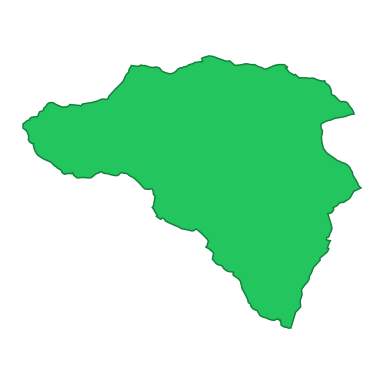 the district of Abrud, Alba, Romania
{"feature_id": "2599482B81396350140690", "entity_name": "Abrud", "entity_type": "district", "adm_level": 2, "iso_a3": "ROU", "parent_name": "Romania", "parent_adm1": "Alba", "projection": "equal_earth", "projection_center": [23.059, 46.267], "detail": "fine", "context": "isolated", "style": "filled", "palette": "green", "viewbox_px": 384, "rotation_deg": 0, "n_neighbors": 0, "source": "geoboundaries", "source_scale": "gbopen_adm2", "svg_char_len": 5912}
<svg xmlns="http://www.w3.org/2000/svg" viewBox="0 0 384 384"><path d="M290.8,328.1L295.6,312.3L300.7,306.9L300.1,300.8L302.1,294.8L301.5,290.0L302.0,288.7L304.3,285.6L306.4,283.1L307.5,282.1L309.4,278.4L309.3,276.3L310.1,274.8L311.3,273.1L313.5,267.3L316.2,264.5L320.2,260.0L319.8,258.2L325.8,253.2L327.0,252.2L328.3,250.0L328.8,248.5L328.0,248.2L327.2,248.1L328.2,245.6L329.0,243.2L330.4,240.8L326.4,239.9L326.7,237.5L328.8,236.9L329.7,234.1L330.3,232.7L331.2,231.1L331.6,230.2L331.9,228.3L331.4,225.5L330.7,223.0L327.8,213.6L330.6,213.2L332.3,211.9L333.7,209.7L333.2,207.5L335.7,206.5L336.7,205.8L337.7,205.0L338.4,203.9L339.1,203.3L339.6,202.9L340.8,202.6L343.5,202.4L347.0,200.2L348.8,199.0L350.3,197.5L353.7,191.4L355.9,190.3L361.0,187.9L359.3,186.4L358.3,185.2L357.9,183.7L357.2,182.2L354.9,178.3L354.2,177.5L353.9,176.7L353.3,175.7L352.8,174.6L352.4,173.1L352.3,172.1L352.0,171.5L351.7,171.2L351.1,170.2L349.6,167.1L349.2,166.8L347.3,164.9L345.4,163.7L342.0,162.5L339.8,161.4L337.3,160.5L333.5,157.6L331.6,156.4L327.9,153.7L326.4,152.5L323.8,148.9L322.9,146.7L322.5,144.5L322.1,143.1L321.8,141.4L321.6,139.0L321.4,136.6L322.2,133.8L322.5,130.9L321.2,128.4L320.8,125.4L321.3,124.0L322.1,123.3L324.1,122.2L326.9,120.9L331.0,120.0L332.6,119.2L333.9,118.8L334.6,118.4L336.1,118.1L338.8,117.7L341.4,117.2L345.6,116.4L348.6,115.2L351.4,114.4L353.6,114.2L354.1,114.0L354.0,113.4L353.1,111.1L352.1,109.3L351.4,108.2L350.6,107.6L349.6,106.3L348.0,103.6L347.5,103.0L346.4,102.1L344.6,101.7L343.2,101.5L341.2,101.6L340.4,101.4L339.8,101.1L338.5,100.0L335.8,97.0L334.6,95.8L333.4,95.3L332.6,95.2L331.7,94.5L331.4,94.0L331.4,92.4L330.9,89.7L330.6,88.6L329.8,86.9L328.5,85.1L325.5,83.0L325.3,82.6L325.1,81.4L324.6,80.8L323.6,80.9L322.3,81.1L318.5,80.2L316.0,79.3L314.2,78.4L313.4,78.2L312.7,78.0L309.8,78.3L308.6,78.3L306.9,77.9L305.8,77.8L302.0,77.9L298.7,77.7L295.3,74.4L294.1,75.0L293.7,75.0L293.4,74.6L289.5,72.6L285.8,68.1L287.1,67.9L287.5,67.1L286.1,66.1L285.2,65.2L284.0,64.6L278.7,64.6L275.0,65.3L271.0,66.9L268.2,68.2L266.0,69.1L264.1,68.9L261.5,67.5L258.7,66.8L254.7,64.6L251.1,64.6L248.6,64.1L246.1,63.7L243.5,64.2L240.7,64.9L234.9,65.4L229.6,60.8L227.9,61.3L224.8,60.8L212.9,56.4L209.0,55.9L203.8,57.4L201.7,58.3L202.5,61.5L194.6,62.5L193.2,63.5L188.9,64.8L186.0,66.7L184.9,66.6L182.9,67.2L182.2,67.9L180.1,67.9L177.8,69.1L176.6,70.7L174.5,72.3L172.8,73.3L169.8,73.8L166.3,72.9L162.3,71.5L161.6,70.5L159.7,68.3L158.9,67.7L157.8,67.3L155.5,66.9L153.8,67.5L152.6,67.5L152.1,67.3L149.7,67.2L148.6,66.6L146.6,66.1L145.0,65.5L142.8,65.6L141.7,65.2L140.8,65.1L140.8,65.3L140.1,65.7L139.2,65.9L138.0,66.4L131.3,65.5L131.3,66.0L129.3,68.9L129.0,69.9L128.9,70.9L128.4,72.4L126.9,73.9L125.4,76.1L123.6,80.4L122.5,81.9L118.9,85.8L115.4,89.1L108.8,96.3L108.2,98.2L106.6,99.5L103.1,99.0L101.0,99.4L98.1,100.7L96.4,101.3L91.5,102.6L84.6,103.6L82.2,104.2L81.3,105.8L78.7,105.4L69.8,104.5L69.4,105.5L67.1,106.8L64.8,107.0L63.8,106.9L63.0,107.2L61.6,106.9L55.7,104.3L54.8,103.7L54.3,103.4L53.7,102.8L50.5,102.5L48.5,103.1L47.9,103.6L46.5,105.0L45.9,106.5L44.2,107.8L43.8,108.5L43.4,109.9L42.5,110.8L41.7,111.2L40.3,111.4L39.6,111.8L38.3,114.6L38.0,115.8L37.5,116.4L36.7,116.8L34.9,116.8L31.5,117.3L29.9,118.5L29.2,120.0L27.2,120.6L23.0,124.0L23.1,128.2L24.5,129.3L25.7,129.9L27.1,131.9L28.7,135.9L28.4,140.0L30.2,142.5L32.1,143.4L33.6,143.8L33.3,144.6L33.9,147.6L34.6,150.0L36.1,152.8L36.9,154.1L38.2,155.5L40.9,157.3L44.5,159.4L49.0,161.3L50.6,162.0L52.1,163.2L53.2,164.4L54.1,165.5L55.4,166.3L56.7,167.3L57.3,168.0L60.2,169.6L61.1,170.3L61.6,171.0L61.9,171.9L62.0,172.6L62.6,173.1L64.7,174.3L67.7,173.5L68.9,173.5L70.2,173.7L71.3,173.6L71.8,173.1L72.4,172.7L72.9,172.9L73.1,173.7L73.1,174.4L73.9,175.4L74.8,176.2L77.0,177.8L78.2,177.9L81.1,177.6L83.1,177.5L88.5,177.9L89.9,177.9L91.1,177.6L92.6,176.7L94.0,175.4L95.8,174.1L97.1,173.3L98.7,173.0L100.3,171.7L101.2,171.8L102.8,172.7L104.0,173.2L105.1,173.5L106.6,173.5L108.0,173.8L109.3,174.1L110.4,174.6L114.7,175.5L116.1,175.6L117.0,175.6L117.9,175.3L118.8,174.8L119.6,173.7L120.2,173.3L121.7,172.5L122.7,172.8L123.6,173.2L124.6,173.2L126.7,173.7L127.5,173.8L128.1,174.3L128.6,174.9L129.3,175.5L131.4,176.7L132.6,177.1L133.7,177.9L135.1,179.0L136.3,180.2L138.0,181.7L141.6,185.5L143.0,187.3L144.9,188.9L148.3,189.3L151.3,188.9L152.2,189.2L152.7,189.7L153.2,191.6L153.3,193.1L153.4,194.1L154.2,195.3L155.1,196.4L154.5,199.0L154.8,199.7L154.5,200.7L154.0,201.6L154.0,202.8L153.8,204.0L153.4,205.7L153.0,206.7L152.7,206.9L152.2,207.5L153.7,209.3L154.3,209.8L154.3,210.6L154.4,211.0L156.1,213.5L157.2,215.0L156.3,216.2L158.9,218.1L159.8,218.6L160.1,219.1L160.5,219.3L161.1,219.1L162.1,218.0L162.8,218.0L163.3,218.3L164.2,219.1L165.2,220.5L165.8,221.2L167.9,222.3L173.7,224.9L175.5,225.7L178.5,226.8L181.2,228.6L187.8,229.9L192.2,231.0L194.3,230.4L195.9,229.1L196.6,229.2L200.8,232.7L202.8,234.6L206.8,238.7L207.9,240.2L208.3,240.8L208.2,241.8L207.5,244.1L206.9,246.0L205.9,247.0L208.7,248.7L209.8,249.4L213.3,252.6L213.6,253.0L213.1,255.4L212.4,259.2L216.0,263.4L217.5,264.5L220.8,265.5L221.7,265.8L222.6,266.3L223.4,268.2L224.5,269.2L225.5,270.0L226.8,270.9L229.8,271.8L231.2,271.8L233.0,272.0L233.5,272.3L233.0,274.4L233.1,274.8L233.5,275.4L238.1,278.5L240.2,280.9L240.6,281.8L241.1,284.3L241.5,285.6L241.9,287.8L242.2,289.0L243.4,290.9L243.8,291.9L245.5,294.9L247.0,297.9L248.0,300.5L248.2,301.8L248.3,302.6L248.6,302.8L250.0,303.5L250.4,304.1L250.8,305.9L251.8,307.4L252.8,308.6L254.1,309.5L256.0,310.1L257.2,310.7L259.8,315.3L261.1,316.2L263.8,317.4L266.2,317.8L267.4,318.6L270.6,319.8L273.6,320.3L274.4,320.3L275.0,320.0L275.8,319.6L276.7,319.1L277.8,319.2L278.4,318.9L278.8,319.2L278.9,319.5L279.5,320.5L279.8,320.5L280.3,320.0L280.6,320.2L280.5,320.9L280.9,322.8L281.1,324.2L280.9,324.7L282.4,326.1L285.0,327.2L285.7,327.3L286.3,327.1L287.1,327.2L287.6,327.8L288.2,328.1L289.0,328.1L289.9,327.9L290.8,328.1Z" fill="#22c55e" stroke="#15803d" stroke-width="1.5"/></svg>